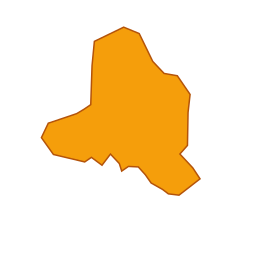 the district of Bukhara city, Bukhoro, Uzbekistan, rotated 137°
{"feature_id": "79887680B41570808134522", "entity_name": "Bukhara city", "entity_type": "district", "adm_level": 2, "iso_a3": "UZB", "parent_name": "Uzbekistan", "parent_adm1": "Bukhoro", "projection": "equal_earth", "projection_center": [64.424, 39.709], "detail": "fine", "context": "isolated", "style": "filled", "palette": "amber", "viewbox_px": 256, "rotation_deg": 137, "n_neighbors": 0, "source": "geoboundaries", "source_scale": "gbopen_adm2", "svg_char_len": 558}
<svg xmlns="http://www.w3.org/2000/svg" viewBox="0 0 256 256"><g transform="rotate(137 128 128)"><path d="M197.9,180.0L200.6,159.5L182.8,132.7L174.8,131.5L172.4,118.5L158.6,120.9L158.6,107.9L162.0,100.8L153.9,99.6L147.0,92.5L147.2,82.0L148.6,72.0L144.6,59.4L143.4,52.3L136.5,44.1L110.0,41.7L107.8,54.7L107.8,73.6L96.4,74.7L73.5,98.4L59.7,110.2L56.3,132.6L64.4,143.3L64.5,159.8L55.4,189.4L62.4,204.7L93.5,214.3L111.8,198.1L139.3,170.5L147.3,171.7L155.7,173.5L166.6,178.4L183.0,185.9L197.9,180.0Z" fill="#f59e0b" stroke="#b45309" stroke-width="1.5"/></g></svg>